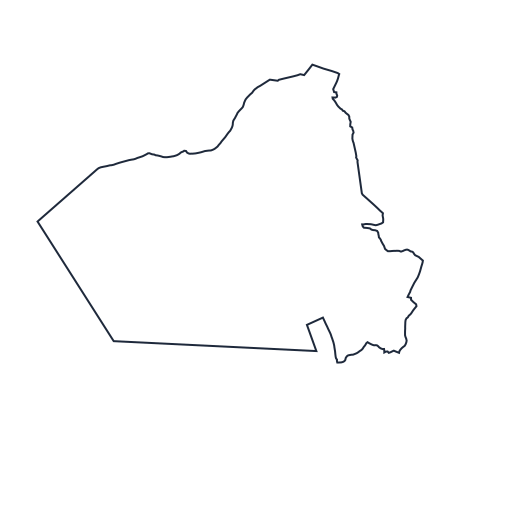 outline of Kisumu West, Nyanza, Kenya, rotated 58°
{"feature_id": "3690345B39370723343062", "entity_name": "Kisumu West", "entity_type": "district", "adm_level": 2, "iso_a3": "KEN", "parent_name": "Kenya", "parent_adm1": "Nyanza", "projection": "albers", "projection_center": [34.67, -0.088], "detail": "fine", "context": "isolated", "style": "outline", "palette": "slate", "viewbox_px": 512, "rotation_deg": 58, "n_neighbors": 0, "source": "geoboundaries", "source_scale": "gbopen_adm2", "svg_char_len": 4437}
<svg xmlns="http://www.w3.org/2000/svg" viewBox="0 0 512 512"><g transform="rotate(58 256 256)"><path d="M381.8,145.8L378.6,146.9L375.3,147.7L373.6,146.7L372.7,147.6L371.1,149.2L370.1,147.7L368.8,145.5L368.2,144.4L367.0,143.1L364.9,139.7L362.6,135.9L359.9,130.3L358.7,128.6L357.9,127.5L356.0,125.1L353.8,122.7L352.6,121.4L350.9,119.4L349.7,118.1L348.3,116.9L345.4,117.8L343.0,118.5L341.6,119.4L339.7,120.6L338.3,120.8L336.1,120.8L334.9,121.4L334.1,122.4L332.8,123.0L331.6,123.6L330.6,124.5L330.1,125.7L329.7,127.5L329.6,128.7L329.1,130.7L327.4,132.0L326.5,133.4L325.4,135.2L324.3,137.1L322.8,140.1L321.8,141.6L320.3,142.2L318.4,142.8L317.0,142.5L315.3,142.1L312.7,142.1L309.7,141.9L308.4,141.6L306.7,141.6L305.4,141.9L303.9,141.2L302.4,140.7L300.9,140.0L298.9,140.0L297.2,141.4L296.1,142.9L294.8,144.1L292.9,144.8L290.8,147.3L289.2,149.5L287.5,149.8L285.5,149.2L286.4,147.7L286.8,146.4L287.8,144.7L288.7,143.5L289.5,142.3L290.4,141.2L292.0,139.6L293.4,138.1L294.0,136.3L294.5,134.0L294.9,132.3L294.8,130.4L292.7,128.9L291.4,128.2L290.3,127.8L288.6,127.1L287.0,125.7L284.8,126.3L283.2,126.8L280.2,127.5L274.6,129.0L260.5,133.1L258.9,133.0L230.0,120.1L228.7,119.1L226.8,119.0L225.5,118.9L224.5,118.0L222.8,117.3L221.1,116.6L211.7,113.3L210.5,113.1L209.1,112.7L207.4,112.0L206.1,111.1L204.2,109.8L203.1,107.9L201.3,107.2L199.9,107.1L198.0,106.3L196.0,107.4L194.2,106.2L192.4,104.6L190.9,104.4L189.0,104.1L187.1,103.0L185.3,102.9L183.5,103.6L182.0,104.1L180.1,104.3L178.8,105.4L177.4,105.4L175.7,106.3L174.4,106.6L172.8,107.0L170.7,107.2L168.9,107.1L167.1,107.1L165.4,107.2L163.3,107.6L162.1,107.1L163.8,104.6L163.9,103.0L162.9,102.1L161.0,101.8L159.8,101.1L158.4,102.9L155.4,102.1L151.6,96.0L150.5,94.4L148.9,92.4L147.0,90.4L145.8,89.0L144.1,89.8L139.3,93.7L132.8,99.5L127.2,103.9L123.6,106.8L125.5,111.9L128.1,119.3L125.3,122.1L124.7,125.0L123.4,129.2L120.1,138.9L118.7,143.2L118.9,144.7L113.8,150.8L113.8,152.5L113.9,162.3L113.7,165.2L113.9,166.8L114.0,168.5L114.4,170.1L114.9,171.4L115.5,172.7L115.9,175.4L116.5,177.8L116.9,179.5L117.7,181.8L118.8,183.5L119.8,184.9L121.0,186.1L121.9,187.2L122.7,188.3L123.2,189.9L123.6,191.6L124.2,193.9L124.9,195.9L125.8,197.2L127.0,199.3L127.9,200.8L128.6,202.3L129.2,203.5L130.6,204.9L132.4,206.2L133.4,207.2L134.4,208.5L135.3,210.1L136.1,211.5L136.5,213.1L137.2,215.1L138.0,217.0L138.9,219.1L139.5,221.0L140.0,222.6L140.6,224.5L141.4,226.3L142.1,228.8L142.8,230.6L143.0,232.2L143.2,234.4L143.0,236.4L142.6,238.3L141.6,240.1L140.9,241.6L139.9,243.8L139.5,245.4L138.9,247.6L138.1,249.9L137.0,252.8L135.8,255.2L134.1,258.1L133.2,258.9L131.7,259.7L129.9,259.7L128.7,261.1L128.8,262.4L128.5,263.9L128.4,265.2L128.7,266.5L128.7,268.1L128.6,269.6L128.2,271.3L127.7,273.1L127.1,274.4L126.6,275.7L125.7,277.7L125.1,279.0L123.8,281.1L122.8,282.4L121.3,283.6L119.7,285.1L118.6,286.2L117.3,287.8L116.2,288.4L114.6,290.3L112.4,291.9L111.7,293.2L111.7,294.8L111.5,297.4L111.3,299.4L110.5,302.7L110.0,304.6L109.7,306.7L109.2,308.5L108.3,310.6L107.4,312.9L106.1,317.2L105.1,320.5L104.5,322.6L103.7,325.8L103.2,328.3L102.4,330.5L101.7,331.8L100.7,334.9L99.5,338.0L98.5,340.7L98.1,343.0L98.3,345.0L111.0,423.0L252.8,421.8L368.6,255.2L341.4,249.3L343.7,231.9L346.0,232.2L347.8,232.4L349.8,232.7L351.7,232.9L353.8,233.1L355.8,233.4L357.7,233.6L359.6,233.8L361.2,234.0L362.8,234.3L364.6,234.8L366.2,235.1L367.8,235.5L369.9,236.0L371.8,236.6L373.5,237.2L375.0,237.9L376.9,238.7L378.6,239.4L380.2,240.2L381.4,240.8L383.8,241.9L385.4,242.4L386.7,242.2L387.9,243.0L389.4,243.5L390.4,241.9L391.4,240.1L391.9,238.5L392.0,236.8L391.5,235.4L390.0,233.9L389.2,232.1L389.1,230.5L389.7,228.9L390.3,227.4L391.1,226.0L391.5,223.9L391.8,222.1L391.8,220.3L391.6,218.5L391.6,216.5L391.2,214.8L390.1,212.5L389.7,211.1L389.1,209.9L388.4,208.6L388.2,207.1L390.0,206.2L392.0,205.0L393.3,204.1L394.3,203.2L394.9,202.0L395.8,200.8L397.3,200.2L398.6,200.0L400.4,199.2L402.0,198.0L402.7,196.7L404.3,197.4L405.8,198.3L405.9,196.5L406.7,195.0L408.5,194.7L408.9,192.9L409.1,190.7L409.3,189.3L411.2,188.0L413.9,186.0L412.8,184.9L412.0,183.3L411.4,181.3L411.1,179.3L411.0,177.6L410.2,176.0L408.9,174.3L407.6,173.1L405.6,172.4L403.8,172.1L402.2,171.6L400.9,170.8L399.3,169.8L397.8,168.8L396.7,168.0L395.2,167.1L394.0,166.3L392.7,165.4L391.2,164.4L389.6,163.1L388.6,161.4L388.5,159.8L387.6,158.1L387.3,156.1L386.9,154.8L386.2,153.3L385.4,151.6L384.7,149.7L384.2,148.2L383.6,146.5L381.8,145.8Z" fill="none" stroke="#1e293b" stroke-width="2"/></g></svg>